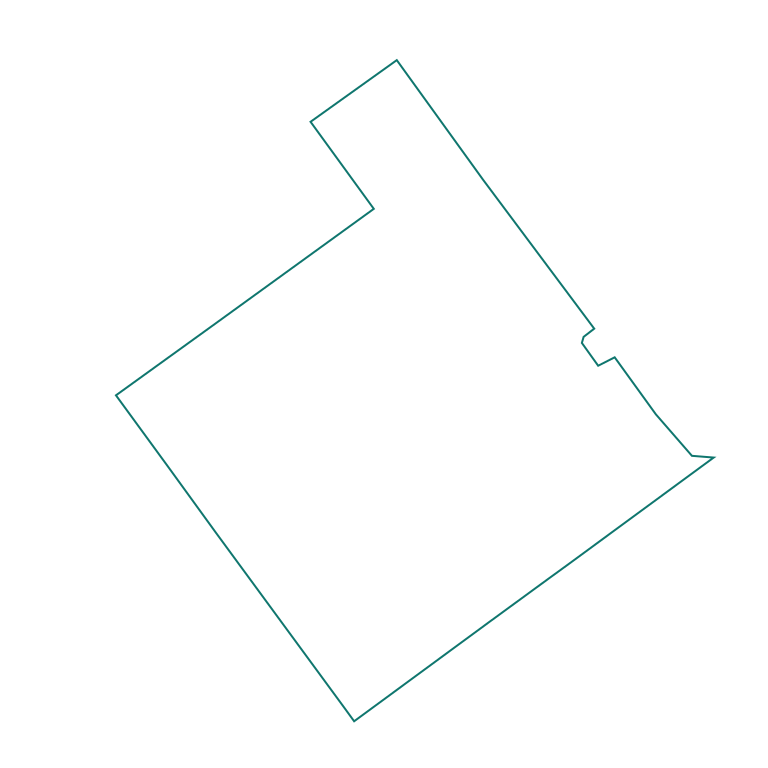 Lincoln, Mississippi, United States of America, rotated 54°
{"feature_id": "52423323B79314410482452", "entity_name": "Lincoln", "entity_type": "district", "adm_level": 2, "iso_a3": "USA", "parent_name": "United States of America", "parent_adm1": "Mississippi", "projection": "orthographic", "projection_center": [-90.415, 31.533], "detail": "fine", "context": "isolated", "style": "outline", "palette": "teal", "viewbox_px": 768, "rotation_deg": 54, "n_neighbors": 0, "source": "geoboundaries", "source_scale": "gbopen_adm2", "svg_char_len": 441}
<svg xmlns="http://www.w3.org/2000/svg" viewBox="0 0 768 768"><g transform="rotate(54 384 384)"><path d="M622.2,606.4L639.3,606.4L638.4,439.3L638.2,365.4L638.2,339.9L637.3,162.2L637.3,160.5L623.1,177.1L568.3,181.9L498.0,181.7L495.1,200.0L467.1,199.8L463.2,194.8L462.8,181.4L277.0,183.8L129.5,183.3L128.7,289.3L236.3,289.3L236.0,491.7L235.6,607.5L323.8,607.3L405.3,607.4L622.2,606.4Z" fill="none" stroke="#0f766e" stroke-width="2"/></g></svg>